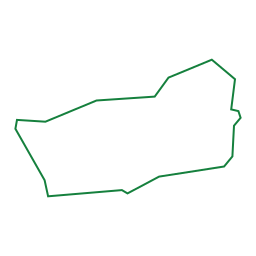 the district of Duk, Jonglei, South Sudan
{"feature_id": "79223893B68171722755013", "entity_name": "Duk", "entity_type": "district", "adm_level": 2, "iso_a3": "SSD", "parent_name": "South Sudan", "parent_adm1": "Jonglei", "projection": "albers", "projection_center": [31.227, 7.661], "detail": "fine", "context": "isolated", "style": "outline", "palette": "green", "viewbox_px": 256, "rotation_deg": 0, "n_neighbors": 0, "source": "geoboundaries", "source_scale": "gbopen_adm2", "svg_char_len": 356}
<svg xmlns="http://www.w3.org/2000/svg" viewBox="0 0 256 256"><path d="M48.1,196.3L121.9,190.1L127.5,193.4L159.1,176.6L224.1,166.5L232.4,156.4L234.0,125.7L240.6,117.8L238.4,111.1L231.2,109.4L235.0,79.2L211.8,59.7L168.5,77.6L154.7,96.6L96.5,100.5L45.4,121.7L17.0,119.9L15.4,128.8L44.6,180.2L48.1,196.3Z" fill="none" stroke="#15803d" stroke-width="2"/></svg>